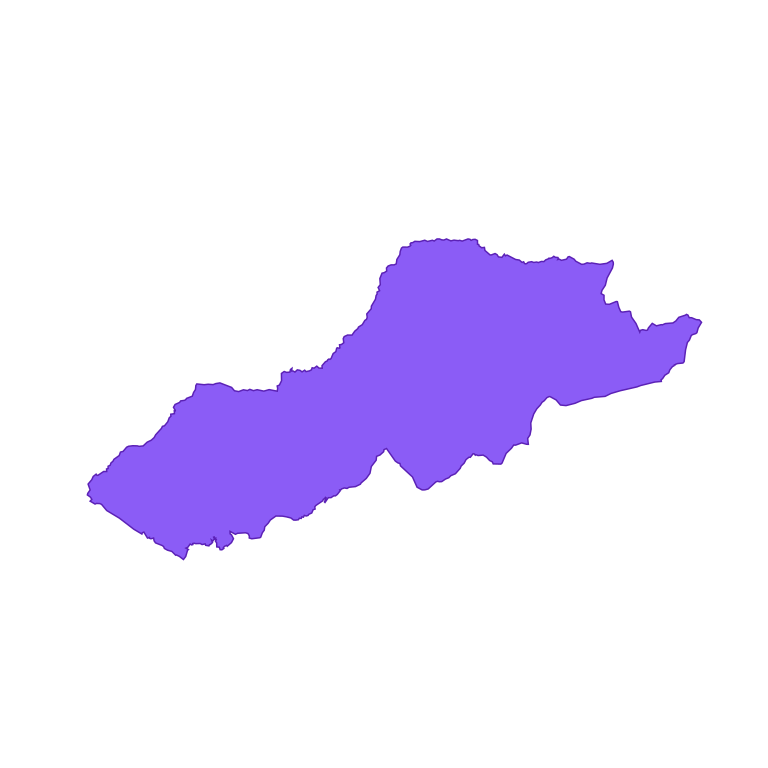 outline of Cerasu, Prahova, Romania, rotated 67°
{"feature_id": "2599482B945049345114", "entity_name": "Cerasu", "entity_type": "district", "adm_level": 2, "iso_a3": "ROU", "parent_name": "Romania", "parent_adm1": "Prahova", "projection": "orthographic", "projection_center": [26.048, 45.399], "detail": "fine", "context": "isolated", "style": "filled", "palette": "violet", "viewbox_px": 768, "rotation_deg": 67, "n_neighbors": 0, "source": "geoboundaries", "source_scale": "gbopen_adm2", "svg_char_len": 6150}
<svg xmlns="http://www.w3.org/2000/svg" viewBox="0 0 768 768"><g transform="rotate(67 384 384)"><path d="M467.2,637.2L465.3,633.9L460.4,629.9L459.9,628.7L457.7,630.4L457.7,628.5L455.6,625.0L457.0,623.9L457.1,622.7L456.1,622.4L456.5,620.8L457.4,619.7L459.0,615.5L460.7,614.2L461.3,611.1L462.8,611.2L464.6,608.4L463.7,607.4L463.9,606.5L462.9,603.8L460.2,603.7L461.6,602.8L460.3,600.6L458.4,600.7L458.4,600.1L459.9,600.1L460.1,599.2L460.7,599.7L460.9,598.7L461.3,600.1L461.8,599.3L463.0,600.6L464.8,600.1L468.6,601.6L469.9,599.4L472.5,599.6L473.3,598.0L472.8,595.7L471.9,595.8L471.1,594.2L471.1,591.9L472.1,591.7L470.4,586.4L467.6,583.0L463.3,583.3L461.8,584.2L459.5,583.3L464.3,579.5L464.2,577.1L466.8,569.7L468.4,567.7L471.1,567.3L473.1,568.2L474.8,566.2L477.0,558.3L476.8,557.3L473.4,554.1L471.8,551.4L468.8,549.5L466.8,544.8L464.8,541.8L463.3,535.1L465.9,529.2L468.1,525.8L470.9,522.1L473.9,520.4L474.8,518.5L475.5,515.8L474.5,514.4L475.4,512.7L474.2,511.5L475.1,510.2L473.8,508.7L475.1,507.2L475.3,505.2L474.6,504.3L474.5,500.9L472.0,498.3L472.2,496.3L470.0,495.7L469.2,494.2L467.6,486.1L466.4,484.8L466.4,483.7L465.5,482.2L466.2,481.8L469.3,484.9L470.0,484.6L466.9,479.7L467.9,477.2L467.3,473.9L468.0,472.4L467.4,470.1L465.2,466.1L464.2,466.1L464.5,464.9L464.0,464.2L464.2,461.1L465.7,458.8L465.4,456.5L467.3,450.3L467.0,444.9L466.1,443.7L464.0,437.2L460.7,431.8L455.0,427.9L451.1,421.0L447.7,419.1L447.8,415.4L446.2,410.8L444.4,409.6L444.4,406.9L459.4,403.7L462.1,402.0L463.4,400.4L465.8,400.8L480.7,394.1L491.9,393.9L496.4,390.3L497.4,387.8L497.9,384.4L494.4,374.5L494.5,372.7L495.6,371.3L496.4,369.0L495.5,364.4L495.6,361.0L494.5,358.3L494.5,353.3L491.4,346.8L489.7,345.1L488.2,341.2L485.6,338.0L484.6,334.3L485.2,333.2L483.0,329.2L483.8,328.1L485.2,327.8L485.0,327.0L486.6,325.4L488.2,320.5L491.4,318.2L495.6,316.7L498.0,314.7L500.2,314.7L503.4,307.7L502.9,306.2L495.6,298.7L492.9,291.7L490.9,288.5L491.7,286.7L492.0,280.3L495.2,276.3L495.9,274.7L490.2,273.0L487.9,269.5L483.0,266.2L477.2,264.1L470.1,257.9L466.5,253.0L464.4,248.3L462.6,245.7L462.0,243.0L460.2,239.4L460.1,236.9L460.6,236.0L465.9,231.8L472.3,229.8L475.0,224.9L476.4,215.7L476.4,208.7L478.4,198.2L478.4,195.6L481.8,185.3L481.4,178.8L482.5,169.2L485.5,152.3L485.7,148.2L488.0,134.0L490.0,127.7L488.3,127.2L488.0,125.6L485.7,122.1L484.9,117.5L482.6,115.3L480.7,111.7L480.5,109.9L479.8,109.2L480.2,108.5L479.8,107.7L479.9,105.8L481.5,100.6L480.7,99.0L470.3,93.0L464.3,88.5L462.9,85.7L459.5,82.3L459.1,80.9L459.4,77.3L459.0,75.9L455.2,72.9L451.3,67.6L448.2,68.7L446.7,71.5L443.2,74.9L442.2,77.1L439.3,77.3L438.1,78.4L438.4,79.6L437.8,86.6L440.0,90.7L440.7,94.2L438.3,101.4L438.3,104.7L437.7,105.6L436.9,110.5L433.0,113.4L435.7,118.7L437.3,120.4L437.1,121.8L435.1,124.6L434.8,127.0L436.2,128.3L426.8,128.4L419.1,130.0L413.8,128.9L412.8,129.7L411.0,136.4L409.9,137.8L405.2,137.9L399.4,137.0L398.8,138.0L398.7,145.4L397.1,148.7L392.5,148.6L388.3,146.8L385.6,148.8L383.0,146.8L379.6,141.7L373.6,137.2L366.5,128.4L363.2,126.0L361.4,125.4L359.3,125.7L360.0,131.7L358.2,138.5L353.7,145.6L353.5,147.1L351.8,149.7L351.8,153.0L351.1,155.3L345.9,159.5L343.4,160.2L339.1,163.6L338.9,164.9L340.4,167.2L339.5,172.3L337.5,174.0L337.3,175.4L336.4,174.4L335.5,174.5L334.3,176.8L332.8,177.8L333.4,179.9L333.2,182.4L332.6,182.9L333.0,184.2L332.9,186.6L333.8,189.0L332.7,191.2L332.5,194.5L331.4,195.8L330.6,198.7L329.1,200.3L328.3,203.7L328.9,205.6L328.7,206.8L328.0,207.6L326.1,207.7L326.0,209.4L322.8,211.0L320.8,214.2L313.4,220.3L313.4,222.2L311.5,222.5L313.5,226.0L311.7,229.0L309.1,229.4L307.3,230.8L307.1,235.0L306.5,236.0L300.5,238.9L297.5,238.2L296.7,240.9L294.0,242.5L292.6,242.3L291.9,243.3L288.4,241.9L286.4,243.6L285.7,245.8L285.8,247.7L284.4,248.3L283.3,250.0L283.0,256.2L281.3,258.2L281.1,259.6L278.9,263.4L278.4,266.5L274.9,269.8L274.9,272.6L273.9,274.5L272.2,276.2L271.2,278.6L272.0,281.9L270.6,283.3L269.8,288.2L267.6,290.3L266.9,295.4L264.7,299.9L265.1,302.3L264.6,304.0L265.3,305.3L266.8,305.2L267.3,306.6L267.2,308.9L265.3,313.2L265.7,314.8L268.2,317.2L271.2,318.9L274.4,323.5L278.2,325.8L278.3,328.1L277.1,331.0L277.0,334.1L278.2,336.4L281.1,337.4L281.6,340.3L281.2,342.5L285.3,346.6L291.1,348.6L292.8,351.7L296.4,351.6L296.7,354.5L298.5,355.2L299.5,356.7L302.6,358.7L307.4,365.2L309.7,366.3L312.8,372.5L316.0,373.4L317.6,374.8L318.0,376.8L320.9,380.8L321.6,385.2L322.8,386.5L323.9,390.2L326.5,394.4L324.7,398.4L324.8,402.1L326.3,403.8L330.3,404.9L331.0,407.8L330.5,409.6L333.5,410.5L333.6,411.2L332.4,412.9L332.6,413.6L335.4,415.7L336.1,418.9L339.9,422.8L340.2,424.1L339.5,424.9L339.7,426.2L340.6,427.4L340.6,429.2L342.9,433.9L345.3,434.7L344.0,437.6L341.3,438.9L342.1,442.1L341.0,443.8L342.6,445.3L342.8,447.5L342.1,451.0L340.3,451.6L340.8,454.7L338.6,456.0L337.1,458.3L338.2,461.3L336.5,462.6L336.0,463.9L333.6,462.6L334.1,464.4L336.3,466.0L335.2,469.2L333.5,471.0L334.2,474.3L340.9,477.0L344.1,480.7L344.1,483.1L346.5,483.6L348.9,485.1L344.3,491.9L343.6,497.4L339.7,503.0L339.1,506.8L336.5,509.6L336.7,512.2L334.4,515.7L334.2,520.7L331.8,524.3L327.6,525.6L318.9,534.6L317.9,538.6L317.8,541.5L315.5,546.0L314.4,549.8L310.8,556.3L311.9,557.8L315.4,559.7L317.4,562.6L320.3,565.2L320.1,571.4L320.9,572.6L321.1,574.0L320.1,577.8L321.1,579.4L321.2,584.3L323.2,586.9L326.7,586.4L327.2,586.8L326.7,587.5L329.4,588.5L328.5,592.1L330.5,592.8L331.2,594.9L334.3,597.8L336.7,602.4L336.4,604.5L337.9,606.2L341.5,614.0L343.5,616.5L344.8,620.2L345.0,624.7L346.9,629.9L345.7,633.8L344.6,635.2L342.7,639.3L341.5,643.5L341.6,645.6L344.1,650.5L343.7,653.2L346.4,655.7L347.8,662.0L349.2,663.7L350.0,666.2L351.8,667.8L351.9,670.1L354.0,671.0L353.8,672.6L356.2,673.4L355.0,676.3L356.3,683.1L355.9,683.9L354.5,684.2L355.5,687.8L357.9,690.4L360.5,695.5L366.7,695.9L368.9,699.4L370.2,700.4L373.3,698.5L376.0,698.0L377.0,700.3L381.6,696.9L381.6,695.3L383.1,692.2L384.5,691.0L392.1,688.7L404.1,680.0L420.0,671.0L427.5,665.5L426.5,664.6L426.5,662.9L433.4,661.9L433.6,659.9L434.3,660.2L435.4,659.0L435.8,656.3L438.6,656.9L441.0,656.4L446.0,651.3L447.5,650.4L449.6,650.4L452.4,648.2L455.2,644.7L460.2,642.7L460.2,642.0L462.5,639.9L467.2,637.2Z" fill="#8b5cf6" stroke="#5b21b6" stroke-width="1.5"/></g></svg>